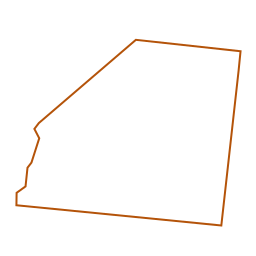 the district of Alamosa, Colorado, United States of America, rotated 186°
{"feature_id": "52423323B58056055528958", "entity_name": "Alamosa", "entity_type": "district", "adm_level": 2, "iso_a3": "USA", "parent_name": "United States of America", "parent_adm1": "Colorado", "projection": "orthographic", "projection_center": [-105.672, 37.554], "detail": "fine", "context": "isolated", "style": "outline", "palette": "amber", "viewbox_px": 256, "rotation_deg": 186, "n_neighbors": 0, "source": "geoboundaries", "source_scale": "gbopen_adm2", "svg_char_len": 312}
<svg xmlns="http://www.w3.org/2000/svg" viewBox="0 0 256 256"><g transform="rotate(186 128 128)"><path d="M24.0,196.5L24.1,216.1L129.4,216.5L217.2,123.6L221.0,117.3L215.2,108.5L220.4,83.5L223.8,78.0L223.8,59.2L232.0,51.9L230.9,39.5L25.0,40.8L24.0,196.5Z" fill="none" stroke="#b45309" stroke-width="2"/></g></svg>